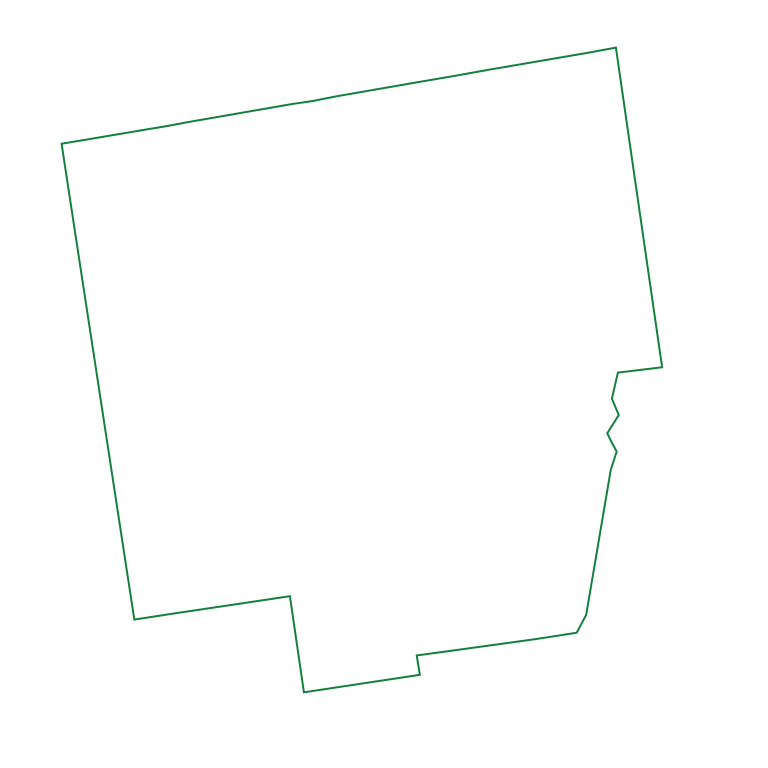 outline of Columbia, Arkansas, United States of America, rotated 170°
{"feature_id": "52423323B4555775587710", "entity_name": "Columbia", "entity_type": "district", "adm_level": 2, "iso_a3": "USA", "parent_name": "United States of America", "parent_adm1": "Arkansas", "projection": "robinson", "projection_center": [-93.258, 33.236], "detail": "fine", "context": "isolated", "style": "outline", "palette": "green", "viewbox_px": 768, "rotation_deg": 170, "n_neighbors": 0, "source": "geoboundaries", "source_scale": "gbopen_adm2", "svg_char_len": 618}
<svg xmlns="http://www.w3.org/2000/svg" viewBox="0 0 768 768"><g transform="rotate(170 384 384)"><path d="M670.8,195.4L631.1,194.5L513.5,191.4L516.4,94.3L399.2,91.4L398.9,111.0L280.9,106.5L237.4,105.6L225.0,121.5L175.5,260.3L166.6,277.0L169.8,286.7L172.7,296.7L158.2,312.7L162.1,330.0L151.7,354.6L107.2,352.2L97.2,675.0L98.3,675.0L123.4,674.8L123.5,674.8L224.3,675.3L265.5,675.2L301.3,675.4L301.6,675.4L379.6,675.6L405.3,675.1L425.8,675.7L474.1,675.8L512.9,675.9L533.4,676.0L533.9,675.9L555.8,675.7L565.1,675.8L567.9,675.9L659.8,676.6L662.3,569.1L670.8,195.4Z" fill="none" stroke="#15803d" stroke-width="2"/></g></svg>